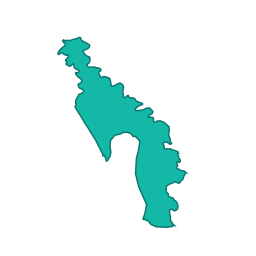 Riche Fond, Dennery, Saint Lucia (Mercator projection), rotated 242°
{"feature_id": "8701671B84932876584417", "entity_name": "Riche Fond", "entity_type": "district", "adm_level": 2, "iso_a3": "LCA", "parent_name": "Saint Lucia", "parent_adm1": "Dennery", "projection": "mercator", "projection_center": [-60.921, 13.935], "detail": "fine", "context": "isolated", "style": "filled", "palette": "teal", "viewbox_px": 256, "rotation_deg": 242, "n_neighbors": 0, "source": "geoboundaries", "source_scale": "gbopen_adm2", "svg_char_len": 5953}
<svg xmlns="http://www.w3.org/2000/svg" viewBox="0 0 256 256"><g transform="rotate(242 128 128)"><path d="M182.6,106.2L182.0,106.4L181.1,106.2L180.9,106.0L180.8,105.5L180.5,104.6L180.5,102.5L180.3,101.7L180.8,101.0L180.8,100.6L180.6,100.2L179.4,98.7L177.9,96.1L177.5,95.6L175.6,94.0L175.0,93.7L173.2,93.2L172.6,92.9L172.2,92.0L171.6,91.2L167.5,91.2L166.5,91.5L164.3,91.4L162.8,91.7L157.3,92.0L156.2,92.2L153.3,92.1L146.7,92.8L142.8,93.0L131.7,93.8L130.7,93.6L129.3,93.7L126.4,93.5L123.3,93.6L118.3,93.3L117.1,93.7L116.6,93.5L115.8,92.8L115.4,92.7L114.5,93.8L114.5,94.5L114.3,94.6L112.7,94.1L110.9,93.9L108.9,93.4L108.8,94.6L110.2,96.7L111.4,98.8L114.3,101.3L120.9,103.8L125.2,106.7L127.8,112.8L126.3,118.5L126.3,121.7L124.7,125.2L122.1,127.6L119.7,128.3L118.2,128.4L117.6,130.2L114.1,131.5L110.5,132.2L102.9,126.4L97.3,121.2L84.1,113.2L71.1,109.9L51.6,108.5L44.5,102.7L40.5,98.5L40.0,98.8L39.6,99.7L39.3,99.9L38.0,100.7L37.5,101.3L36.4,102.2L35.3,102.6L33.6,102.6L33.1,102.9L32.0,103.1L30.6,104.1L29.6,105.1L28.4,105.8L27.1,107.0L26.5,108.5L25.3,110.4L23.7,112.8L22.7,114.8L21.9,116.0L20.8,119.7L20.3,120.6L20.5,121.1L21.1,121.8L20.0,123.2L22.8,122.3L25.0,122.4L26.5,122.1L27.7,122.6L29.5,123.8L31.3,124.2L33.7,124.9L35.3,125.7L35.7,126.0L36.1,126.5L36.1,127.9L35.8,128.5L35.3,128.8L34.5,129.1L33.5,129.7L33.0,130.3L32.9,131.4L33.0,133.0L33.3,133.6L34.1,134.5L34.9,135.0L36.6,135.8L38.3,136.1L39.4,136.1L41.2,135.8L42.3,135.0L44.8,134.9L45.5,134.4L47.5,132.4L48.1,132.0L48.7,131.7L50.4,132.5L50.9,132.6L51.3,132.6L52.4,132.1L53.0,131.9L53.7,132.0L58.1,134.1L58.5,134.6L58.8,135.8L58.9,139.3L58.5,140.5L58.7,143.0L58.5,143.9L58.2,144.5L57.2,145.5L55.9,146.3L55.6,146.6L55.4,147.0L55.3,147.8L55.4,148.3L56.1,149.1L56.3,149.4L56.8,151.6L57.3,152.8L59.0,154.5L60.0,155.8L60.3,156.5L61.2,157.4L61.5,157.9L61.1,158.4L63.2,157.7L63.8,156.9L64.3,156.5L65.6,154.7L66.0,154.4L67.4,153.8L68.1,153.3L68.8,152.2L69.4,152.0L70.4,152.2L70.9,152.8L71.1,153.6L71.2,153.9L71.7,154.2L72.9,154.5L73.6,154.5L74.3,154.7L74.8,155.5L74.8,156.2L74.4,156.5L73.9,156.7L73.7,157.0L73.6,157.9L73.8,158.2L74.1,158.5L74.9,159.0L75.6,159.1L76.5,159.0L77.6,158.7L78.1,158.7L79.3,159.3L80.1,159.5L80.8,159.4L81.9,159.8L82.0,159.9L81.9,160.5L82.2,160.3L82.7,160.4L83.3,160.9L83.6,160.9L84.0,160.7L85.1,159.5L86.1,159.0L86.4,158.7L86.8,157.9L87.4,157.4L88.2,156.5L89.6,155.8L90.1,154.9L90.4,154.1L91.4,152.7L91.6,151.6L91.9,150.9L92.7,150.5L93.3,150.5L95.4,151.6L96.7,151.4L97.3,151.0L97.5,151.0L97.8,151.0L98.3,152.4L98.2,153.6L97.9,154.6L97.2,155.8L94.4,157.1L93.9,157.5L93.7,157.8L93.7,158.7L93.8,159.1L94.2,159.3L95.3,159.2L95.8,159.0L96.4,159.0L98.8,160.2L100.7,160.3L103.5,160.8L105.6,162.7L106.6,163.4L107.3,163.8L109.7,164.5L109.9,164.8L110.4,164.4L111.8,164.1L113.8,163.2L116.1,162.6L117.3,161.4L119.0,160.0L119.9,158.4L120.5,156.4L120.3,154.5L120.5,154.0L120.7,153.8L121.2,153.5L121.7,153.5L123.9,154.7L125.3,155.0L125.7,154.8L126.9,153.2L127.4,152.5L127.6,151.3L128.0,150.9L128.4,151.0L129.0,151.7L129.2,152.0L129.4,153.3L129.3,155.7L129.8,156.8L130.5,157.4L130.8,157.6L131.8,157.6L132.8,157.1L134.7,156.8L135.3,156.5L135.8,155.9L136.7,154.0L136.8,153.4L136.9,150.6L137.2,148.8L137.8,147.5L138.1,146.4L138.8,145.2L139.0,144.4L139.5,143.3L139.8,143.1L141.2,143.2L141.8,143.6L141.8,144.7L142.3,146.1L142.2,147.2L142.4,148.4L142.3,148.7L142.4,149.5L142.2,150.8L142.0,151.4L142.1,151.8L142.2,152.1L142.5,152.3L143.3,152.1L144.8,150.4L146.5,149.2L147.5,148.2L148.6,147.7L150.5,147.8L151.5,147.3L152.9,145.8L153.0,145.6L152.9,144.6L153.4,144.4L153.8,144.0L154.7,143.6L155.2,143.2L156.3,143.5L156.7,143.4L156.9,142.4L156.5,141.9L156.6,141.0L156.5,140.9L156.4,140.0L156.7,139.0L157.1,138.6L157.5,138.4L157.9,138.4L158.3,138.6L159.7,139.7L162.0,140.2L162.6,140.5L164.4,141.8L165.3,142.8L166.1,143.2L167.5,143.6L168.1,143.6L169.1,143.4L170.8,142.7L171.6,141.8L171.8,138.6L171.8,136.1L172.1,134.2L172.5,133.4L172.8,133.3L173.6,133.1L176.6,134.2L179.5,135.0L179.8,135.1L180.9,134.8L183.9,132.1L184.8,130.6L185.0,129.3L184.9,128.3L185.1,128.1L186.3,127.5L187.2,127.5L187.9,127.8L190.2,127.8L190.9,128.1L191.2,128.7L191.3,130.8L191.5,131.1L191.9,131.4L192.4,131.4L193.9,131.0L194.8,129.9L195.3,129.6L195.8,128.6L196.2,128.1L197.0,127.5L197.7,126.9L198.8,124.6L199.8,122.6L200.3,121.9L201.3,121.2L201.9,121.2L203.1,121.7L203.5,122.6L203.8,124.2L204.3,125.0L204.8,125.5L205.8,126.2L208.0,127.4L208.5,127.4L208.9,127.2L210.6,125.7L213.7,124.3L216.0,124.2L216.5,124.2L216.9,124.4L217.0,124.6L217.2,125.6L217.2,127.3L216.9,128.9L217.2,131.1L218.5,132.6L218.9,133.0L219.9,132.8L223.2,130.8L225.5,129.0L226.1,128.8L227.3,128.1L228.4,128.1L229.8,128.5L230.3,128.2L230.7,127.6L231.0,126.8L231.1,126.2L230.9,124.7L231.0,124.1L231.3,123.4L231.6,122.6L232.1,120.3L232.3,118.3L232.6,117.6L233.5,116.2L234.8,113.5L235.3,112.7L236.0,112.5L235.9,111.9L235.4,111.1L234.8,111.1L234.5,111.4L234.4,111.9L234.1,111.9L233.6,111.5L233.3,111.5L232.8,111.5L232.0,112.1L231.5,112.3L230.9,112.0L230.2,110.6L230.1,108.8L229.1,105.2L228.6,104.0L227.3,101.8L226.9,101.3L226.2,100.8L225.6,101.1L225.4,101.7L225.7,103.7L225.6,104.7L225.3,105.0L224.7,105.4L223.2,106.0L222.1,106.9L221.5,107.4L220.9,108.2L220.6,109.2L220.3,109.6L219.9,109.6L219.2,109.1L218.9,108.7L218.4,107.5L218.1,107.1L217.6,105.3L217.2,104.7L216.6,104.5L216.0,104.7L215.7,104.6L215.1,105.1L214.0,105.0L213.9,104.0L213.9,103.6L213.6,103.3L213.2,103.3L212.9,103.4L211.6,104.4L210.8,104.7L210.1,105.3L209.8,105.8L209.9,107.4L210.4,109.2L210.2,109.9L210.0,110.1L207.1,109.0L205.8,109.1L204.6,109.6L203.1,111.0L201.4,111.6L200.9,111.6L200.6,111.3L200.4,110.6L200.3,110.0L200.4,109.3L200.9,108.9L201.4,108.0L201.4,107.8L201.1,107.5L200.8,107.3L200.2,107.2L199.0,107.5L197.2,107.6L195.7,108.3L193.7,109.4L191.5,109.6L190.8,109.0L190.3,108.2L189.9,107.1L190.1,105.0L189.9,104.6L189.5,104.2L188.7,103.9L187.8,103.8L186.5,103.8L186.0,104.0L185.5,104.2L184.7,105.1L184.3,105.4L182.7,106.3L182.6,106.2Z" fill="#14b8a6" stroke="#0f766e" stroke-width="1.5"/></g></svg>